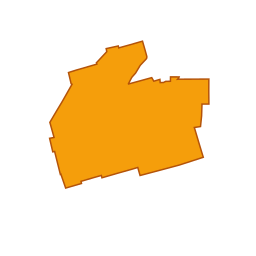 outline of San Vicente, Buenos Aires, Argentina, rotated 31°
{"feature_id": "61730980B97946268235834", "entity_name": "San Vicente", "entity_type": "district", "adm_level": 2, "iso_a3": "ARG", "parent_name": "Argentina", "parent_adm1": "Buenos Aires", "projection": "mercator", "projection_center": [-58.438, -35.081], "detail": "fine", "context": "isolated", "style": "filled", "palette": "amber", "viewbox_px": 256, "rotation_deg": 31, "n_neighbors": 0, "source": "geoboundaries", "source_scale": "gbopen_adm2", "svg_char_len": 1013}
<svg xmlns="http://www.w3.org/2000/svg" viewBox="0 0 256 256"><g transform="rotate(31 128 128)"><path d="M116.7,199.5L115.2,197.9L124.5,187.8L129.6,182.4L131.3,184.1L142.6,171.9L152.6,161.3L156.7,156.8L162.8,162.5L179.1,145.7L190.9,133.5L207.6,114.3L203.0,110.2L195.3,103.2L184.6,93.4L189.4,89.4L184.9,79.8L179.1,69.4L185.0,65.8L178.5,55.2L172.3,44.8L172.1,44.4L163.9,49.4L146.1,60.2L145.4,60.7L145.7,58.9L145.5,57.9L138.1,62.3L140.3,66.1L136.3,68.6L135.0,70.7L132.2,72.5L130.3,69.9L126.0,74.6L122.4,72.6L114.3,81.1L105.8,90.0L105.6,89.9L105.2,83.6L105.2,82.6L105.3,81.8L106.1,77.6L106.2,77.0L106.2,68.0L106.3,67.5L108.0,59.7L108.1,58.9L108.0,58.4L107.8,57.9L107.5,57.3L107.1,56.8L103.0,52.9L95.7,46.1L86.4,56.1L78.8,64.1L77.4,62.7L68.4,71.2L70.5,73.5L67.4,88.1L67.3,88.3L68.4,89.3L54.0,104.8L48.4,111.1L56.4,119.3L57.5,119.3L58.0,138.8L58.0,150.8L58.1,163.4L69.5,174.2L66.1,177.2L75.8,187.2L77.2,185.9L93.9,202.6L94.2,202.1L105.5,211.6L116.7,199.5Z" fill="#f59e0b" stroke="#b45309" stroke-width="1.5"/></g></svg>